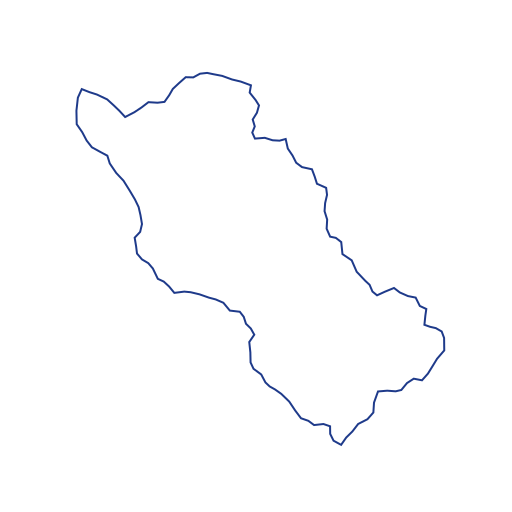 the district of Ibiam, Santa Catarina, Brazil, rotated 9°
{"feature_id": "56859067B57990833379238", "entity_name": "Ibiam", "entity_type": "district", "adm_level": 2, "iso_a3": "BRA", "parent_name": "Brazil", "parent_adm1": "Santa Catarina", "projection": "natural_earth1", "projection_center": [-51.214, -27.212], "detail": "fine", "context": "isolated", "style": "outline", "palette": "blue", "viewbox_px": 512, "rotation_deg": 9, "n_neighbors": 0, "source": "geoboundaries", "source_scale": "gbopen_adm2", "svg_char_len": 1914}
<svg xmlns="http://www.w3.org/2000/svg" viewBox="0 0 512 512"><g transform="rotate(9 256 256)"><path d="M456.7,319.8L454.6,307.5L451.2,301.5L444.9,299.1L439.0,298.7L433.1,297.6L432.6,288.5L432.5,281.7L425.6,279.7L420.2,272.1L412.3,271.8L403.7,269.5L397.3,266.0L388.9,271.1L381.7,275.9L376.6,272.9L372.7,266.7L367.8,263.4L357.9,255.8L351.2,245.3L341.1,240.6L338.0,228.9L332.0,225.6L326.2,225.3L321.5,218.0L320.6,208.9L316.7,201.0L316.0,192.9L316.6,184.5L314.6,177.7L304.9,175.1L301.6,168.5L297.7,161.6L287.5,161.0L281.1,157.6L276.4,151.1L270.6,144.9L267.0,135.8L261.2,138.4L254.3,139.1L246.2,137.9L236.6,140.2L233.0,134.7L234.5,128.2L231.4,121.7L234.5,114.4L235.4,106.8L231.2,102.0L224.2,95.6L224.3,88.2L213.6,86.1L204.7,85.4L194.4,83.4L185.1,83.1L179.1,82.8L172.2,84.7L166.1,89.4L158.6,90.4L152.9,97.3L147.7,104.0L145.1,110.8L141.5,118.1L134.8,120.0L125.7,120.9L119.7,127.2L113.4,133.0L105.0,139.2L98.4,134.0L92.1,129.6L84.5,124.6L73.6,121.4L65.8,120.2L57.8,118.4L55.3,127.5L55.9,140.6L58.3,153.9L65.0,160.9L70.7,168.5L76.9,174.3L86.3,177.7L93.5,180.2L97.1,187.5L105.0,195.9L113.4,202.4L121.3,211.5L127.6,219.1L132.4,226.0L135.5,233.7L138.4,242.3L137.8,250.3L133.3,256.9L136.1,265.3L138.1,272.2L143.9,277.2L150.7,279.9L156.1,284.5L162.6,293.9L168.9,295.7L174.9,299.7L181.1,305.2L190.7,302.4L197.1,302.0L206.2,302.7L216.1,304.5L223.0,305.2L231.1,307.3L238.7,314.0L248.7,313.6L253.4,318.0L256.7,324.5L262.2,328.4L266.6,334.0L262.8,342.0L265.5,352.1L267.3,362.0L271.2,367.8L279.7,372.2L285.1,379.4L289.9,382.7L295.6,384.8L302.5,388.2L311.6,394.6L318.8,402.4L325.8,409.2L333.5,410.6L339.8,413.9L348.9,411.4L355.8,412.6L357.1,420.1L361.5,426.3L369.6,429.2L373.5,421.2L378.6,414.3L383.2,405.9L391.6,399.8L396.4,392.2L395.5,382.3L397.7,370.7L406.7,368.5L415.1,367.8L420.5,365.6L425.0,357.9L431.0,352.5L439.4,352.8L444.2,345.3L447.6,337.2L450.9,329.2L456.7,319.8Z" fill="none" stroke="#1e3a8a" stroke-width="2"/></g></svg>